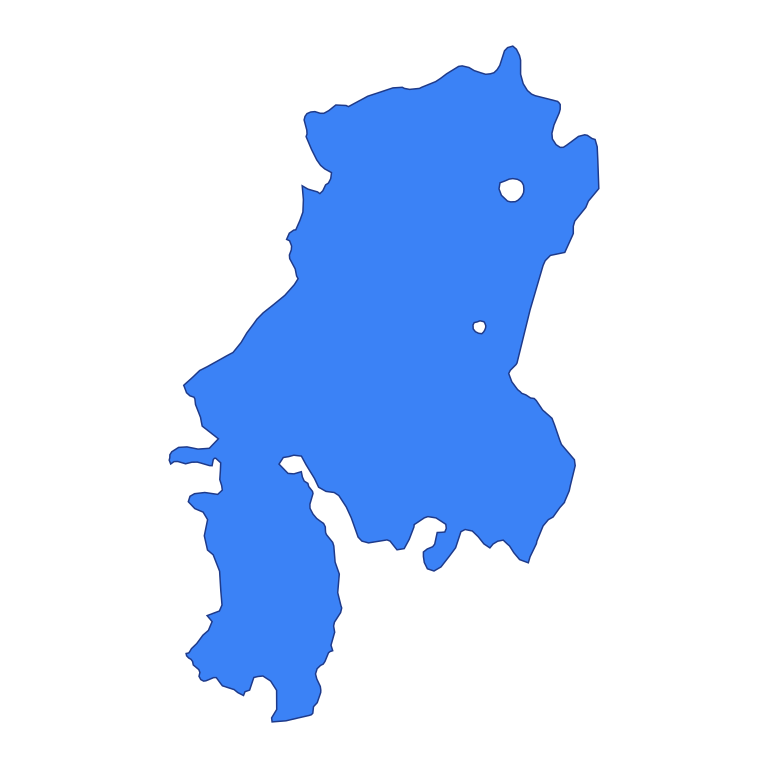 Aru, Orientale, Democratic Republic of the Congo
{"feature_id": "63176286B14719092717616", "entity_name": "Aru", "entity_type": "district", "adm_level": 2, "iso_a3": "COD", "parent_name": "Democratic Republic of the Congo", "parent_adm1": "Orientale", "projection": "orthographic", "projection_center": [30.488, 3.028], "detail": "fine", "context": "isolated", "style": "filled", "palette": "blue", "viewbox_px": 768, "rotation_deg": 0, "n_neighbors": 0, "source": "geoboundaries", "source_scale": "gbopen_adm2", "svg_char_len": 5430}
<svg xmlns="http://www.w3.org/2000/svg" viewBox="0 0 768 768"><path d="M528.3,562.8L530.1,556.7L536.4,543.7L536.9,541.0L543.1,525.9L548.4,519.6L553.1,517.0L555.8,513.2L559.8,507.6L564.5,502.4L564.5,501.9L569.2,490.9L570.3,485.7L575.2,465.7L574.4,459.7L564.5,448.1L562.4,445.6L561.4,444.4L559.8,440.3L554.6,425.1L552.0,418.3L542.6,410.0L536.3,400.6L534.2,398.5L530.6,398.0L525.9,394.9L521.7,393.3L520.2,391.7L517.6,389.6L511.8,381.8L508.7,373.5L510.3,370.3L516.0,364.6L517.0,363.0L530.1,309.8L543.1,265.4L545.2,260.7L550.4,255.4L564.8,252.4L572.2,236.1L573.3,233.5L573.3,230.5L573.3,226.2L574.8,221.0L576.9,218.4L585.8,207.4L588.4,201.1L598.8,188.6L597.8,159.9L597.2,146.8L595.1,139.5L592.0,138.5L587.3,135.3L584.7,134.8L578.5,136.4L566.5,145.3L563.4,147.3L560.2,147.4L556.1,144.7L555.9,144.5L555.9,144.4L552.4,139.0L551.9,133.3L554.0,124.9L559.2,112.9L560.2,109.2L560.2,104.5L559.2,103.0L557.6,101.4L535.2,95.7L531.5,94.1L527.4,90.5L523.2,83.7L520.6,74.3L520.6,60.7L520.6,60.2L519.5,55.5L516.4,49.2L512.8,46.1L507.6,47.6L504.5,50.8L499.8,65.4L497.2,69.6L494.0,72.7L490.4,73.8L485.7,74.3L480.5,72.7L474.2,70.6L469.0,67.5L462.2,65.9L458.6,66.4L446.6,73.8L440.4,78.5L435.7,81.6L421.6,87.3L419.5,88.4L409.6,89.4L404.4,88.4L402.3,87.3L392.9,87.9L367.8,96.2L348.5,106.6L346.6,105.8L346.1,105.5L335.8,105.0L328.8,110.6L325.0,112.7L323.8,113.3L321.4,113.3L320.3,113.3L314.9,111.6L310.7,112.0L307.0,113.6L305.0,116.4L304.4,118.8L304.1,119.9L306.8,130.1L307.0,133.4L307.0,134.1L306.6,135.2L306.1,136.6L311.5,149.4L316.8,160.0L320.7,165.5L321.0,165.7L324.7,168.9L331.5,172.6L331.0,176.7L330.7,178.6L330.0,180.1L328.4,183.1L326.8,184.1L325.6,184.9L322.8,190.8L319.9,193.6L319.0,193.0L317.5,191.9L311.6,190.2L307.9,189.1L306.5,188.3L302.2,185.8L303.4,199.6L302.9,212.1L299.9,220.5L295.8,229.8L294.5,230.0L293.7,230.1L293.0,230.6L289.3,233.2L286.6,239.4L288.2,240.1L289.6,240.8L291.3,245.2L291.6,246.1L291.3,249.9L289.4,255.0L289.6,257.6L289.7,258.7L290.1,259.4L295.2,268.9L296.6,276.0L297.5,277.6L298.1,278.7L294.3,284.7L284.9,295.3L273.2,304.9L263.2,312.8L257.0,319.1L253.5,324.0L246.9,332.8L241.1,342.5L233.0,352.5L230.1,354.0L226.2,356.1L207.4,366.6L199.7,370.5L192.5,377.4L183.7,385.3L184.4,387.0L186.2,391.8L186.5,392.7L189.9,395.8L194.0,397.2L194.9,399.0L195.5,404.5L199.0,413.4L200.5,417.3L201.3,421.7L202.2,426.1L204.6,428.0L218.4,438.8L209.3,448.3L198.0,449.1L187.0,446.9L178.6,447.4L171.8,451.7L169.9,454.7L169.8,457.8L169.2,460.1L170.7,464.0L174.0,461.6L176.7,461.5L177.9,461.5L185.6,463.8L187.5,463.3L191.9,462.2L197.5,462.1L198.0,462.3L200.0,462.8L209.5,465.6L212.1,465.7L212.2,465.1L213.3,459.5L214.4,458.3L215.8,458.3L220.7,462.8L220.4,470.5L219.8,479.6L221.7,485.7L222.3,490.1L217.7,494.4L204.8,492.5L194.5,493.7L190.0,496.3L188.3,501.7L194.8,508.6L203.1,512.1L207.6,519.6L204.3,535.8L207.5,550.0L213.2,554.8L219.6,571.2L220.8,590.8L222.0,605.0L219.4,611.0L207.1,615.6L212.1,621.6L208.4,630.4L202.9,635.2L196.7,643.6L191.5,648.6L189.9,651.3L188.8,652.9L187.6,653.2L186.1,653.5L186.6,655.8L188.7,658.0L191.1,659.4L191.8,660.4L192.6,661.5L192.9,663.1L193.3,665.0L198.8,669.6L199.9,672.4L199.0,676.3L200.8,679.6L203.6,681.1L205.9,680.8L208.9,679.6L213.6,677.6L216.3,677.6L221.0,684.0L221.4,684.5L222.4,685.8L222.7,685.9L233.5,689.4L233.9,689.4L237.2,692.1L238.0,692.7L243.5,695.5L245.0,691.7L249.6,690.1L253.8,677.5L257.9,676.5L262.9,676.0L270.6,681.0L276.6,690.3L276.7,709.5L271.6,717.9L272.1,721.9L286.0,720.8L297.9,718.0L309.3,715.4L311.4,714.7L312.8,713.2L313.5,706.7L317.2,702.7L319.4,696.4L320.7,692.5L320.8,690.1L320.7,689.3L320.3,686.4L316.8,679.0L315.5,673.9L316.3,671.4L317.1,668.7L319.6,666.3L320.2,665.7L321.1,665.1L323.2,664.1L325.0,661.4L328.5,652.8L329.4,652.1L330.3,651.4L331.5,651.1L332.7,650.7L331.0,645.2L334.4,633.1L334.5,632.8L334.7,632.3L333.6,626.0L334.5,622.0L335.4,620.7L340.6,612.6L341.2,610.1L341.7,608.0L341.3,606.7L341.0,606.0L340.0,601.9L337.7,592.6L339.3,574.1L335.1,562.1L333.8,546.0L332.7,542.4L326.5,534.7L325.9,533.3L325.6,532.5L325.4,529.7L325.3,526.9L323.6,523.5L320.6,521.4L316.7,518.5L313.0,514.1L311.0,510.3L310.0,508.3L309.9,504.2L313.0,493.5L312.5,491.4L310.9,489.3L308.7,486.5L308.4,485.4L307.9,483.4L304.2,481.1L302.4,477.1L301.3,471.7L294.1,473.8L293.1,473.8L288.0,473.4L279.0,464.1L283.3,457.5L288.8,456.6L293.8,455.2L301.4,456.1L306.1,464.8L311.5,473.6L314.5,478.5L318.6,487.2L326.0,491.4L334.2,492.5L338.8,495.5L346.3,507.0L351.3,517.9L355.0,528.3L358.1,537.1L361.9,541.1L368.5,542.9L387.0,539.9L390.1,541.1L394.9,547.2L397.0,549.8L404.2,548.6L409.2,539.4L413.9,527.1L414.2,524.6L415.1,524.0L424.4,517.8L427.9,516.6L429.8,516.9L436.0,517.9L441.3,521.3L445.8,524.3L446.3,528.4L444.8,532.0L441.7,532.3L437.2,532.5L434.7,544.1L432.7,546.7L427.2,549.0L423.4,552.0L423.4,556.5L424.3,562.5L427.4,568.8L434.0,571.0L441.0,566.9L449.1,556.5L455.6,547.8L460.9,531.7L465.1,529.5L472.3,531.0L478.2,536.7L483.9,543.9L489.9,547.9L493.1,544.0L497.7,541.2L503.2,540.1L507.2,543.9L509.5,545.9L513.9,552.8L519.6,559.6L528.3,562.8ZM499.0,188.9L500.0,182.8L505.3,180.8L509.2,179.1L512.8,178.6L517.4,179.3L520.3,180.8L521.9,182.2L523.5,185.2L523.9,189.2L523.6,192.6L522.0,196.0L520.0,198.4L517.9,200.3L515.3,201.7L510.6,201.9L507.5,201.1L501.4,195.3L499.0,188.9ZM477.2,321.9L480.0,320.8L483.9,321.7L484.9,323.3L485.8,325.8L485.6,327.9L484.7,330.2L483.5,332.1L481.8,333.7L478.6,333.3L475.4,331.7L473.2,328.9L473.0,325.0L474.2,322.6L477.2,321.9Z" fill="#3b82f6" stroke="#1e3a8a" stroke-width="1.5"/></svg>